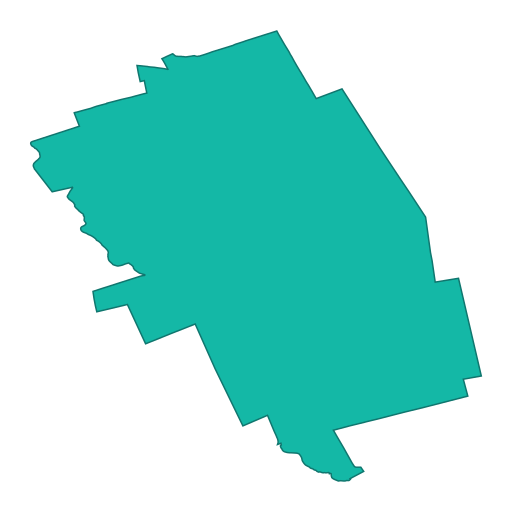 Radomiresti, Olt, Romania (Equal Earth projection)
{"feature_id": "2599482B17216146202698", "entity_name": "Radomiresti", "entity_type": "district", "adm_level": 2, "iso_a3": "ROU", "parent_name": "Romania", "parent_adm1": "Olt", "projection": "equal_earth", "projection_center": [24.652, 44.109], "detail": "fine", "context": "isolated", "style": "filled", "palette": "teal", "viewbox_px": 512, "rotation_deg": 0, "n_neighbors": 0, "source": "geoboundaries", "source_scale": "gbopen_adm2", "svg_char_len": 5719}
<svg xmlns="http://www.w3.org/2000/svg" viewBox="0 0 512 512"><path d="M338.3,481.0L340.5,480.7L341.8,480.8L342.9,480.9L344.1,481.0L345.4,480.9L346.1,480.7L346.8,480.5L348.4,480.6L349.2,480.4L350.3,479.4L350.6,479.0L350.1,478.6L363.7,471.4L360.8,467.2L360.3,467.2L356.2,467.2L355.2,467.0L354.2,466.2L352.1,463.0L343.5,447.6L337.1,436.7L333.4,430.2L349.6,425.9L364.3,422.3L366.9,421.6L378.1,418.9L403.7,412.3L425.0,407.1L467.8,396.1L463.3,379.2L481.3,376.0L458.5,278.3L435.2,282.1L432.1,260.8L430.5,252.6L425.6,217.1L408.9,191.7L400.0,178.5L379.8,148.0L342.0,88.9L316.2,98.6L315.5,97.4L314.8,96.2L312.7,92.5L311.9,91.1L311.4,90.3L308.6,85.5L307.4,83.6L305.9,81.2L303.0,76.1L302.2,74.9L301.4,73.4L300.8,72.4L300.0,71.2L297.7,67.3L296.8,65.8L294.4,61.6L291.8,56.8L290.3,54.4L289.1,52.0L284.6,44.7L280.2,37.1L278.5,34.2L276.8,31.0L246.1,40.7L243.4,41.7L240.0,42.8L238.8,43.2L235.6,44.2L233.9,44.9L233.3,45.3L212.2,51.8L209.6,52.8L206.4,53.9L204.0,54.7L201.4,55.5L199.4,56.1L199.1,56.2L198.7,56.1L198.2,56.2L197.9,56.3L197.7,56.4L197.3,56.4L195.9,56.2L195.6,56.1L194.8,55.8L194.5,55.7L194.2,55.7L192.6,55.9L191.1,56.2L187.9,56.6L186.9,56.8L185.4,56.9L184.5,56.8L183.6,56.6L182.3,56.6L181.9,56.5L181.1,56.4L179.3,56.4L178.7,56.4L178.2,56.4L177.7,56.3L176.7,56.3L176.4,56.3L175.7,56.0L175.4,55.9L175.2,55.8L174.9,55.6L174.7,55.4L174.5,55.2L173.7,54.6L173.5,54.4L173.3,54.4L173.2,54.3L172.8,53.8L172.3,53.9L171.0,54.5L170.7,54.7L169.9,55.0L168.4,55.7L167.0,56.3L163.5,58.0L162.3,58.5L161.9,58.7L162.9,60.2L164.6,63.1L165.3,64.4L167.5,68.5L167.9,69.3L167.6,69.4L164.6,68.7L160.8,68.2L158.3,67.9L154.5,67.3L150.8,67.0L148.8,66.8L147.5,66.5L146.3,66.4L140.6,65.8L137.0,65.5L137.8,70.0L138.2,72.4L140.2,81.6L144.3,80.6L145.4,86.2L146.7,92.6L146.8,93.1L143.3,93.9L137.4,95.5L135.8,95.9L131.2,97.2L121.2,99.5L113.2,101.6L106.9,103.2L106.9,103.5L97.5,106.0L96.7,106.2L93.8,107.2L90.5,108.4L88.2,109.0L87.8,109.1L83.0,110.4L80.1,111.2L76.9,112.1L74.9,112.5L74.2,112.8L79.4,126.2L32.1,141.6L30.9,142.4L30.9,142.6L30.7,143.3L30.7,143.6L30.8,144.0L31.1,144.7L31.2,145.0L31.6,145.5L32.0,146.0L32.4,146.2L33.7,147.0L34.2,147.4L34.6,147.9L34.7,148.0L34.8,148.2L35.0,148.3L35.8,148.6L36.2,148.9L37.1,149.7L37.8,150.6L38.6,151.4L39.0,151.9L39.6,152.9L39.6,153.1L39.6,153.5L39.6,154.0L39.9,154.8L40.0,155.5L40.1,156.2L40.1,156.5L40.0,157.0L39.9,157.5L39.7,157.8L39.5,158.1L38.9,158.6L38.3,159.4L37.9,159.7L37.1,160.4L36.5,160.9L35.8,161.4L33.9,163.4L33.7,163.8L33.4,164.8L33.3,165.1L33.3,165.9L33.4,166.2L33.5,166.7L33.7,167.1L33.9,167.5L34.1,167.9L34.3,168.5L34.3,168.8L34.6,169.1L52.2,191.8L69.9,187.8L71.1,187.6L72.3,187.2L72.4,187.3L72.5,187.6L72.6,187.8L72.5,188.0L72.4,188.2L71.6,189.2L71.3,189.7L70.6,190.5L70.0,191.5L69.3,192.7L68.7,194.0L68.3,194.5L67.8,195.4L67.5,195.9L67.4,196.2L67.3,196.6L67.4,197.0L67.8,197.5L68.3,198.3L68.8,198.9L69.1,199.3L72.3,201.6L72.8,202.0L73.2,202.4L73.7,203.0L74.2,203.8L74.3,204.2L74.4,204.3L74.7,204.5L74.8,204.6L74.8,205.1L74.7,205.5L74.6,206.0L75.1,206.9L75.4,207.3L75.9,207.9L77.3,209.2L77.7,209.5L78.6,210.6L79.0,211.0L79.5,211.3L80.7,212.4L81.4,212.8L81.8,213.1L82.1,213.4L82.8,213.8L83.2,214.2L83.4,214.4L83.4,215.6L83.5,215.8L83.6,216.0L83.9,216.1L84.2,216.4L84.3,216.6L84.3,218.2L84.2,219.5L84.1,219.9L84.1,220.2L84.4,220.9L84.9,221.6L85.5,222.4L85.8,223.0L86.0,223.6L85.8,224.0L85.4,224.6L84.7,225.2L83.8,225.8L82.2,226.5L81.6,226.9L81.0,227.5L80.8,228.0L80.7,228.5L80.7,229.0L80.9,229.6L81.1,230.3L81.7,231.0L82.6,231.7L83.4,232.2L85.9,233.1L87.1,233.7L88.3,234.5L89.6,235.0L91.2,235.7L92.7,236.6L94.0,237.5L94.9,238.2L95.7,238.9L96.4,240.0L96.7,240.3L97.3,240.6L98.1,241.0L98.8,241.5L99.2,241.8L100.1,242.5L101.4,243.9L101.9,244.9L102.9,245.8L103.6,246.5L104.7,247.3L105.6,248.2L107.3,250.1L107.9,251.0L108.2,252.0L108.3,252.6L108.2,253.2L107.9,254.7L108.0,255.6L107.9,256.3L107.9,256.8L108.1,257.3L108.2,257.9L108.4,259.2L108.7,260.0L109.1,260.7L109.7,261.4L111.2,262.8L112.1,263.6L112.4,263.9L112.8,264.4L113.2,264.7L114.9,265.3L117.4,266.0L118.2,266.0L120.3,265.6L121.6,265.3L122.7,265.0L123.4,264.7L125.7,263.8L128.0,263.2L128.4,263.0L128.8,263.0L129.2,263.4L129.5,263.7L129.9,264.0L131.0,264.6L131.8,265.3L132.2,265.6L132.5,266.0L133.1,266.5L133.3,266.9L133.4,267.9L134.0,268.8L134.2,269.2L134.4,269.6L135.1,270.2L135.8,270.7L139.2,273.0L139.9,273.3L141.3,273.7L142.2,274.0L144.4,274.6L144.7,274.7L144.8,274.8L144.9,275.0L144.5,275.3L144.3,275.5L143.8,275.5L142.4,275.7L140.7,276.1L103.1,288.1L93.0,291.4L93.2,293.0L94.1,299.0L95.4,305.8L96.8,311.8L127.4,304.5L145.6,343.8L170.9,333.6L195.2,324.0L215.0,368.5L242.9,425.9L267.5,415.3L267.6,415.5L274.2,431.3L276.3,435.9L276.7,437.0L277.5,438.7L278.0,440.6L278.1,441.9L278.1,442.6L277.5,444.5L280.9,443.2L281.3,445.0L280.9,445.2L280.7,445.5L280.4,446.0L280.5,446.4L280.6,446.8L280.8,447.3L281.1,448.0L281.6,448.6L281.9,449.0L282.3,449.9L282.8,450.6L283.4,451.1L284.3,451.7L287.1,452.5L289.7,452.8L291.3,452.8L296.3,453.1L297.1,453.2L298.1,453.5L299.0,453.9L299.6,454.5L300.1,455.2L300.8,456.2L301.3,457.1L301.7,458.0L302.2,460.4L302.6,461.3L303.8,463.1L304.6,464.1L305.5,465.0L306.7,465.7L307.9,466.3L309.5,467.1L310.3,468.0L311.0,468.3L311.5,468.5L311.9,468.5L312.8,468.9L313.3,469.2L314.2,469.9L315.4,470.2L316.0,470.4L316.9,471.3L317.2,471.5L317.9,471.8L318.7,472.1L319.0,472.1L319.7,471.8L319.9,471.8L322.0,472.6L323.2,472.8L323.5,472.8L324.2,472.6L324.7,472.6L324.9,472.7L325.3,472.8L326.3,472.8L327.2,472.7L327.9,472.6L328.5,472.5L329.0,472.7L329.2,472.8L329.2,473.0L329.2,473.3L329.2,473.5L329.3,473.8L329.5,473.8L330.3,473.4L330.5,473.4L330.9,473.5L331.2,473.8L331.2,475.3L331.4,476.3L331.7,477.3L332.0,477.8L332.7,478.4L334.0,479.2L335.6,479.9L336.9,480.4L338.3,481.0Z" fill="#14b8a6" stroke="#0f766e" stroke-width="1.5"/></svg>